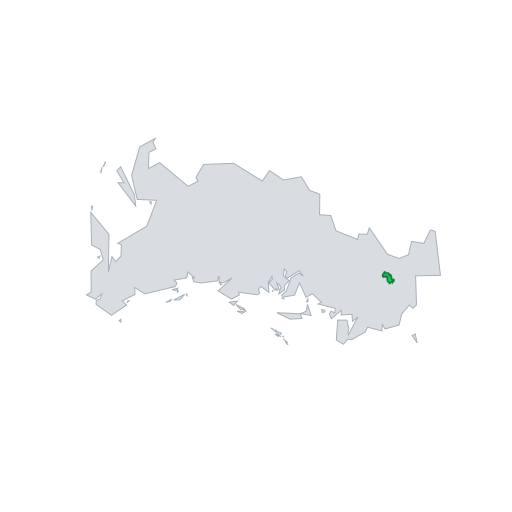 Mordovia highlighted on a map of Russia, rotated 236°
{"feature_id": "RUS-2372", "entity_name": "Mordovia", "entity_type": "Republic", "adm_level": 1, "iso_a3": "RUS", "parent_name": "Russia", "parent_adm1": "", "projection": "albers", "projection_center": [44.161, 54.419], "detail": "fine", "context": "in_parent", "style": "filled", "palette": "green", "viewbox_px": 512, "rotation_deg": 236, "n_neighbors": 0, "source": "natural_earth", "source_scale": "10m", "svg_char_len": 6742}
<svg xmlns="http://www.w3.org/2000/svg" viewBox="0 0 512 512"><g transform="rotate(236 256 256)"><path d="M411.5,220.6L409.8,238.3L407.9,234.3L400.7,232.9L401.8,225.3L388.6,215.6L387.4,228.3L351.7,238.7L350.4,249.8L354.8,250.1L361.2,263.8L345.3,289.3L314.6,303.1L319.3,314.9L303.6,321.3L296.3,337.9L280.2,337.2L271.6,343.5L254.7,331.8L247.7,340.6L232.2,336.4L212.9,349.4L216.6,353.7L211.8,360.4L216.0,365.7L183.9,365.9L173.9,373.4L171.8,383.2L181.1,393.2L172.6,402.2L180.1,415.1L176.3,418.3L136.8,398.1L150.3,377.2L125.7,361.7L125.0,356.9L129.6,355.7L126.4,344.2L118.8,336.1L123.3,322.2L128.6,322.5L123.5,318.4L134.6,308.7L131.9,304.1L133.1,288.7L135.7,285.5L134.0,279.1L141.4,275.6L157.2,287.9L152.0,295.5L143.7,292.3L141.0,289.3L139.0,288.6L148.5,306.2L147.9,299.5L153.9,302.9L159.5,293.7L163.3,296.3L161.9,283.5L166.8,284.4L168.4,287.3L164.9,289.5L168.2,292.4L181.5,280.7L181.0,284.3L193.2,281.7L193.7,274.4L209.4,277.0L202.0,266.1L206.8,255.4L209.2,255.5L209.9,261.3L218.2,272.8L217.9,282.3L212.9,283.7L219.7,283.8L220.1,270.0L222.2,268.4L226.0,272.8L229.4,272.1L224.3,267.7L217.2,269.6L215.5,263.3L211.8,260.5L211.9,253.7L216.3,259.4L221.0,258.7L222.1,258.1L215.5,256.5L218.2,252.7L226.4,251.5L227.7,256.7L230.3,257.9L227.1,251.2L218.6,246.4L228.0,243.0L227.3,239.6L223.0,238.2L223.2,235.3L235.6,221.5L232.9,220.2L234.1,211.5L248.3,205.1L251.1,224.0L251.9,214.2L254.7,210.9L258.8,213.5L259.6,213.7L260.0,213.3L256.8,210.4L264.2,195.6L269.6,190.0L274.0,191.3L271.7,193.2L280.8,190.6L276.6,186.2L281.8,174.7L277.7,175.3L275.8,172.0L286.8,142.6L297.7,137.9L291.8,134.1L293.6,119.9L287.7,121.3L287.7,103.0L305.3,96.4L308.5,98.7L307.5,102.8L310.8,107.0L309.9,98.9L318.6,93.7L318.1,99.0L335.7,110.8L338.2,127.1L348.4,130.6L357.1,125.9L384.6,143.4L356.2,146.2L325.6,124.9L336.1,136.3L329.9,136.4L331.4,144.0L340.6,150.7L343.8,148.5L341.8,182.1L357.7,204.9L369.3,189.2L392.3,197.9L411.5,220.6ZM197.3,241.6L183.3,260.4L178.5,259.1L184.6,248.9L197.3,241.6ZM364.7,184.2L393.9,182.7L390.3,187.5L404.4,188.2L405.7,193.7L374.5,189.3L364.7,184.2ZM175.8,268.4L183.1,260.9L182.2,266.9L187.1,271.6L175.8,268.4ZM264.1,175.5L262.2,168.3L265.6,163.2L264.1,175.5ZM219.8,213.4L227.0,212.2L219.4,216.6L219.8,213.4ZM216.2,212.2L220.9,209.6L216.0,215.4L216.2,212.2ZM227.5,209.7L232.7,208.0L229.0,215.3L227.5,209.7ZM267.2,162.2L266.6,158.8L268.0,155.3L267.2,162.2ZM93.8,341.0L102.8,340.9L102.3,344.4L93.8,341.0ZM169.3,233.0L172.3,232.1L166.4,233.9L169.3,233.0ZM271.7,170.8L275.0,167.5L273.1,173.3L271.7,170.8ZM174.9,280.6L172.5,282.9L171.2,281.5L172.3,279.3L174.9,280.6ZM175.1,231.4L177.7,230.3L179.3,230.7L175.1,231.4ZM184.4,229.4L183.4,231.1L181.3,231.1L181.6,230.1L184.4,229.4ZM187.1,228.9L184.8,229.3L188.0,228.0L187.1,228.9ZM189.8,272.3L191.8,275.5L189.0,273.4L189.8,272.3ZM219.1,214.9L218.1,216.8L216.4,216.8L219.1,214.9ZM176.4,229.5L179.9,228.5L178.8,229.6L176.4,229.5ZM278.9,106.3L279.2,108.6L276.6,107.1L278.9,106.3ZM166.6,232.3L168.8,232.6L164.3,232.9L166.6,232.3ZM206.5,254.3L204.1,255.6L206.5,254.0L206.5,254.3ZM251.6,210.6L253.9,210.8L251.8,211.8L251.6,210.6ZM289.3,122.9L290.5,124.7L289.9,125.9L289.3,122.9ZM180.4,232.1L178.7,232.0L181.4,231.8L180.4,232.1ZM179.5,229.6L180.7,230.3L178.6,230.1L179.5,229.6ZM411.2,173.7L413.1,174.9L415.6,177.9L411.2,173.7ZM177.6,232.6L178.9,233.3L177.4,233.5L177.6,232.6ZM217.8,252.4L216.4,254.1L215.9,254.2L217.8,252.4ZM343.6,124.2L343.2,126.5L341.9,124.5L343.6,124.2ZM269.9,170.6L271.2,171.8L270.0,172.0L269.9,170.6ZM357.7,197.9L360.4,198.2L359.4,199.4L357.7,197.9ZM385.6,145.4L389.3,147.6L388.2,148.2L385.6,145.4ZM175.1,233.2L173.7,233.7L173.1,233.5L175.1,233.2ZM217.7,249.4L218.0,250.9L217.4,250.7L217.7,249.4ZM262.7,176.3L263.3,177.6L261.5,176.7L262.7,176.3ZM417.5,183.4L415.3,179.0L418.2,183.5L417.5,183.4Z" fill="#d9dde1" stroke="#a8b0b8" stroke-width="1"/><path d="M161.3,355.6L161.1,355.6L161.0,355.4L160.7,355.5L160.4,355.7L160.4,355.8L160.4,356.0L160.5,356.0L160.5,356.3L160.4,356.4L160.3,356.2L160.2,356.2L160.2,356.4L159.9,356.5L159.7,356.5L159.5,356.4L159.4,356.4L159.3,356.7L159.2,356.7L159.2,356.4L159.0,356.5L158.8,356.7L158.7,356.6L158.8,356.4L158.7,356.4L158.6,356.5L158.7,356.8L158.5,356.7L158.4,356.5L158.1,356.3L158.0,356.2L158.3,355.8L158.5,355.7L158.4,355.5L158.4,355.4L158.2,355.3L157.9,355.1L158.0,354.9L158.1,355.0L158.3,355.0L158.4,354.9L158.5,355.0L158.8,355.0L158.7,354.8L158.9,354.6L158.7,354.4L158.5,354.2L158.3,354.2L158.3,354.3L158.2,354.5L157.9,354.6L157.8,354.4L157.7,354.2L157.9,354.3L158.0,354.3L158.3,354.2L158.6,354.0L158.7,353.7L158.9,353.7L159.0,353.7L158.9,353.3L158.8,353.0L159.0,353.1L159.1,352.9L159.1,352.7L159.1,352.3L159.0,352.2L159.0,351.9L158.9,352.1L158.8,351.9L158.7,351.9L158.5,351.7L158.4,351.6L158.6,351.2L158.8,351.3L158.8,351.5L159.0,351.6L159.2,351.4L159.3,351.4L159.3,351.5L159.6,351.5L160.1,351.5L160.3,351.6L160.4,351.4L160.5,351.2L160.8,350.9L161.2,350.8L161.3,350.8L161.5,350.9L161.8,351.0L162.0,351.2L162.1,351.4L162.2,351.5L162.4,351.5L162.6,351.5L162.8,351.5L162.8,351.8L163.0,351.9L163.3,351.9L163.3,352.0L163.2,352.1L163.3,352.3L163.6,352.4L163.7,352.5L163.8,352.5L164.1,352.6L164.2,352.8L164.3,352.9L164.6,352.9L164.7,352.7L164.8,352.6L164.9,352.8L164.9,353.0L164.7,353.1L164.8,353.2L165.1,353.0L165.3,352.9L165.3,353.0L165.5,353.1L165.9,353.1L166.1,353.1L166.3,353.0L166.3,352.9L166.2,352.9L166.1,352.7L165.9,352.7L166.0,352.6L166.0,352.4L166.1,352.2L166.0,351.8L166.2,351.6L166.3,351.6L166.4,351.8L166.5,351.8L166.5,351.7L166.6,351.3L166.6,351.2L166.9,351.1L167.0,351.2L167.0,350.9L167.1,350.7L167.1,350.4L167.2,350.1L167.5,350.1L167.4,350.0L167.4,349.9L167.5,349.9L167.5,349.7L167.9,349.6L167.9,349.8L168.0,349.8L168.1,350.0L168.0,350.3L167.9,350.5L168.0,350.6L168.3,350.5L168.5,350.5L168.8,350.4L169.1,350.5L169.2,350.4L169.3,350.3L169.3,350.2L169.5,350.3L169.6,350.5L169.8,350.9L169.9,351.0L169.9,351.3L169.9,351.5L170.0,351.6L170.0,351.8L170.0,352.0L170.2,352.3L170.0,352.5L170.3,352.5L170.2,353.0L170.4,352.9L170.5,352.9L170.5,353.0L170.4,353.0L170.4,353.4L170.6,353.4L170.9,353.5L170.9,353.8L170.5,353.9L170.5,354.0L170.4,354.0L170.2,354.0L169.9,354.3L169.7,354.3L169.2,354.5L168.9,354.5L168.7,354.7L168.7,354.9L168.6,355.0L168.5,355.3L168.4,355.4L168.1,355.6L168.0,355.9L167.9,355.8L167.5,355.9L167.5,356.0L167.4,356.0L167.1,356.0L166.9,356.1L166.8,355.9L166.4,355.6L166.2,355.8L166.0,355.7L165.9,355.7L165.5,355.7L165.4,355.8L165.2,355.9L165.2,356.0L164.9,356.0L164.8,356.4L164.9,356.5L165.0,356.7L165.0,356.9L165.2,357.0L164.9,357.1L164.7,357.2L164.4,357.1L164.2,356.9L164.0,357.0L163.9,357.0L163.6,356.7L163.3,356.9L163.2,356.9L162.8,356.6L162.6,356.5L162.6,356.4L162.8,356.3L162.8,356.2L162.7,356.1L162.5,355.9L162.3,355.7L161.8,355.6L161.7,355.6L161.4,355.6L161.3,355.6Z" fill="#22c55e" stroke="#15803d" stroke-width="1.5"/></g></svg>